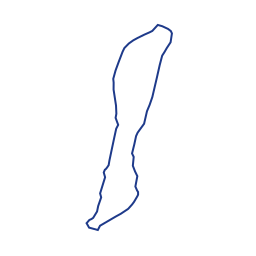 the district of Siis, Federated States of Micronesia, rotated 206°
{"feature_id": "79324940B47551449537105", "entity_name": "Siis", "entity_type": "district", "adm_level": 2, "iso_a3": "FSM", "parent_name": "Federated States of Micronesia", "parent_adm1": "", "projection": "natural_earth1", "projection_center": [151.824, 7.299], "detail": "fine", "context": "isolated", "style": "outline", "palette": "blue", "viewbox_px": 256, "rotation_deg": 206, "n_neighbors": 0, "source": "geoboundaries", "source_scale": "gbopen_adm2", "svg_char_len": 1001}
<svg xmlns="http://www.w3.org/2000/svg" viewBox="0 0 256 256"><g transform="rotate(206 128 128)"><path d="M115.4,138.9L118.3,151.4L118.7,158.3L119.7,166.5L124.1,185.8L127.1,198.5L129.0,208.0L128.5,212.3L128.2,216.7L127.3,223.7L130.0,232.3L132.0,233.9L135.4,234.6L141.8,234.5L146.4,233.7L148.7,225.9L150.5,223.5L154.3,219.0L158.8,213.2L161.7,209.1L164.3,204.3L166.3,198.3L166.3,194.2L165.3,182.9L164.4,174.3L162.8,165.7L160.8,162.5L157.8,156.2L148.6,142.9L144.7,135.7L143.6,131.7L138.2,126.5L138.3,122.2L136.4,114.4L132.9,100.4L130.4,90.5L129.1,86.1L129.5,83.3L129.9,81.5L130.5,80.3L130.3,77.4L127.0,73.7L124.4,57.0L121.7,53.9L120.6,44.8L119.2,39.4L119.9,32.0L120.9,30.2L122.4,28.4L123.5,24.3L119.3,21.4L110.4,23.1L110.3,27.9L100.1,43.2L96.9,47.7L92.4,55.4L90.8,61.0L90.2,64.2L89.7,70.7L89.7,72.5L90.9,74.9L92.4,75.8L95.7,78.6L98.5,88.8L102.7,92.1L107.1,96.2L110.2,104.5L113.2,106.9L115.2,116.2L117.2,124.3L117.3,128.1L116.8,131.0L115.4,138.9Z" fill="none" stroke="#1e3a8a" stroke-width="2"/></g></svg>